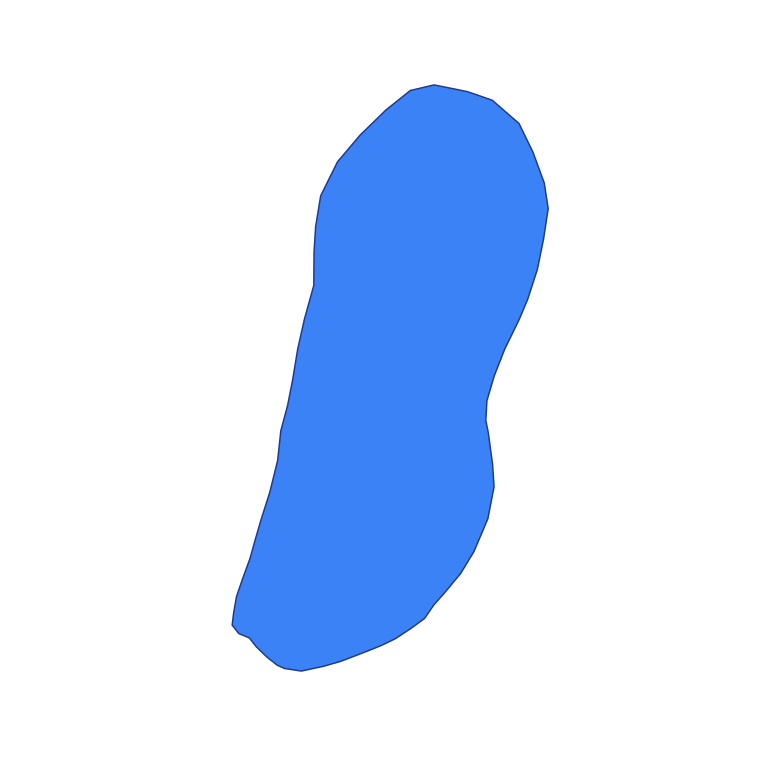 the district of Foammulah, Maldives, rotated 227°
{"feature_id": "70690204B71388549423545", "entity_name": "Foammulah", "entity_type": "district", "adm_level": 2, "iso_a3": "MDV", "parent_name": "Maldives", "parent_adm1": "", "projection": "equal_earth", "projection_center": [73.424, -0.376], "detail": "fine", "context": "isolated", "style": "filled", "palette": "blue", "viewbox_px": 768, "rotation_deg": 227, "n_neighbors": 0, "source": "geoboundaries", "source_scale": "gbopen_adm2", "svg_char_len": 891}
<svg xmlns="http://www.w3.org/2000/svg" viewBox="0 0 768 768"><g transform="rotate(227 384 384)"><path d="M482.4,660.4L517.7,656.7L541.1,644.3L568.6,624.6L580.7,603.5L583.1,572.2L582.3,536.1L578.2,501.5L564.8,466.0L545.7,441.3L528.3,422.9L504.0,399.9L485.8,370.2L468.4,344.7L449.4,320.1L434.0,298.8L420.2,276.7L400.7,254.2L382.7,226.6L368.3,201.0L358.4,184.4L347.9,167.2L338.0,147.8L329.1,131.1L319.3,118.1L311.2,108.5L300.5,107.6L290.2,112.3L279.0,111.4L264.3,112.1L251.2,114.1L243.8,117.2L230.4,127.8L218.7,147.4L210.6,163.4L202.7,182.9L194.8,203.1L189.9,218.9L186.7,238.2L184.9,253.9L188.5,270.1L189.9,285.6L193.2,311.0L200.1,335.5L214.7,368.2L233.7,394.3L250.9,408.4L277.3,427.1L288.0,433.7L301.6,447.9L314.7,470.1L327.0,495.7L338.8,526.4L347.8,546.6L363.2,574.3L381.3,599.7L400.3,623.7L421.7,638.3L452.1,651.1L482.4,660.4Z" fill="#3b82f6" stroke="#1e3a8a" stroke-width="1.5"/></g></svg>